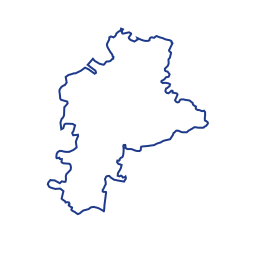 outline of Tala, Al Minufiyah, Egypt, rotated 285°
{"feature_id": "37247803B52680576777799", "entity_name": "Tala", "entity_type": "district", "adm_level": 2, "iso_a3": "EGY", "parent_name": "Egypt", "parent_adm1": "Al Minufiyah", "projection": "orthographic", "projection_center": [30.917, 30.67], "detail": "fine", "context": "isolated", "style": "outline", "palette": "blue", "viewbox_px": 256, "rotation_deg": 285, "n_neighbors": 0, "source": "geoboundaries", "source_scale": "gbopen_adm2", "svg_char_len": 5533}
<svg xmlns="http://www.w3.org/2000/svg" viewBox="0 0 256 256"><g transform="rotate(285 128 128)"><path d="M163.3,198.4L163.8,197.7L164.1,197.3L164.3,197.1L164.1,196.4L163.7,195.8L163.5,195.3L163.5,194.7L163.5,194.2L163.8,192.5L163.4,190.5L164.1,188.5L165.4,188.1L166.3,188.1L166.8,186.0L167.5,184.7L169.1,183.8L169.3,182.9L169.8,181.9L170.2,181.2L170.5,180.1L170.2,177.7L170.0,176.2L170.0,174.4L169.6,172.6L168.8,171.1L167.9,170.8L166.4,170.6L165.7,169.5L165.5,169.2L165.8,167.7L167.0,166.2L168.0,166.4L170.9,166.9L172.9,167.2L173.7,166.8L174.0,165.9L174.0,165.1L173.7,162.0L174.6,161.8L175.4,161.4L175.3,160.3L173.3,159.1L172.0,158.0L171.9,156.6L172.6,155.1L173.5,154.5L175.4,154.5L176.1,154.6L176.7,155.5L179.3,157.3L181.1,157.3L181.6,155.6L181.4,152.7L181.0,151.4L180.4,150.1L180.9,148.5L181.8,148.1L182.6,148.6L183.1,149.3L184.6,150.6L185.3,150.9L186.9,151.6L188.0,154.0L188.6,154.1L190.6,154.3L192.7,151.7L192.7,149.5L193.4,148.7L194.7,148.3L195.6,148.7L197.1,149.6L197.7,150.0L198.2,150.3L200.2,150.6L201.5,150.4L203.7,149.6L205.0,149.4L205.7,149.8L206.3,150.1L207.0,150.3L208.5,150.2L211.6,150.2L212.1,149.8L212.8,148.1L213.9,147.5L215.2,147.9L217.2,148.2L219.6,148.7L221.3,149.0L221.6,148.1L222.0,147.9L222.3,148.1L223.1,147.5L223.4,146.6L223.6,144.9L223.4,143.8L223.4,142.6L223.3,141.3L223.6,139.6L223.8,137.8L223.8,134.9L223.9,134.1L224.2,131.7L223.2,130.8L221.9,129.9L221.7,127.2L220.7,126.1L219.4,125.8L218.3,126.0L217.4,124.9L217.0,123.6L216.6,122.3L216.5,119.4L216.8,116.8L217.3,113.7L216.2,114.6L213.2,111.8L213.5,109.9L213.5,109.0L213.7,107.7L214.7,105.9L214.8,105.9L215.6,105.3L219.5,106.7L220.1,106.5L220.7,104.3L218.4,99.9L217.8,98.3L218.7,97.3L220.2,97.1L222.0,97.6L222.2,95.6L219.9,95.5L218.7,93.9L216.2,92.3L214.8,92.2L213.4,91.8L211.8,90.6L212.0,87.8L210.7,86.5L209.4,86.9L207.9,86.8L205.9,86.4L204.7,86.1L203.4,86.0L202.4,86.3L200.7,87.4L198.3,89.8L196.5,91.6L195.6,92.9L194.9,93.7L193.1,94.8L193.0,95.5L191.1,95.8L190.8,95.0L190.3,94.8L189.1,94.2L188.9,94.1L187.7,93.1L187.3,92.0L186.7,90.3L186.5,89.9L186.2,89.7L184.5,89.0L183.7,88.7L183.2,88.5L182.8,88.1L182.7,86.3L182.7,85.1L182.7,83.8L183.2,82.1L184.2,78.5L185.8,76.2L179.6,73.2L178.6,72.7L177.1,76.3L176.2,78.5L175.6,80.1L175.0,81.5L174.3,82.2L174.1,82.3L173.0,82.8L172.6,82.4L171.8,81.7L172.8,79.1L174.0,76.0L174.4,75.1L174.6,74.1L174.8,73.0L175.2,70.9L171.4,67.9L171.0,67.5L167.3,63.3L166.8,61.6L166.3,60.9L164.8,58.5L163.7,56.6L162.6,55.8L162.2,55.5L161.2,54.6L160.1,55.1L159.9,55.2L156.0,57.0L153.1,55.9L152.3,54.7L150.5,53.1L147.4,52.0L146.3,52.2L145.9,52.2L145.2,52.4L144.4,52.8L141.4,54.0L138.9,54.9L137.9,56.1L137.9,56.7L137.8,62.5L136.0,63.3L132.8,61.8L132.3,61.5L131.7,61.1L123.8,62.9L123.3,62.8L122.5,62.8L120.5,62.2L119.8,61.6L118.7,61.5L116.9,61.4L115.7,61.4L112.7,62.6L111.8,63.0L109.5,63.9L111.0,65.5L115.1,65.7L116.0,66.8L116.6,68.8L117.1,71.1L117.3,72.1L117.6,73.3L116.9,76.2L113.3,76.1L110.8,76.1L109.4,75.6L108.7,75.4L106.8,76.9L108.5,81.4L107.2,81.9L105.1,81.5L101.2,81.2L95.9,83.4L92.7,81.0L89.7,77.3L89.5,76.4L89.2,75.5L88.8,74.0L88.7,72.4L88.6,70.9L88.6,69.6L88.5,69.1L88.1,67.8L87.6,67.4L86.5,66.3L84.3,65.8L81.4,66.3L80.8,66.5L80.4,67.1L81.5,69.4L80.5,70.0L80.8,72.2L80.1,72.2L79.2,72.4L78.1,72.4L77.4,73.5L77.2,74.8L78.3,80.7L77.5,81.9L75.3,83.1L75.0,83.1L73.0,83.4L71.5,82.7L70.4,82.1L69.8,81.7L68.8,81.2L67.4,80.4L67.0,80.4L65.2,80.4L63.9,80.9L62.3,81.4L59.9,81.5L59.5,80.5L59.3,77.8L57.0,76.4L58.4,70.7L57.7,67.5L57.7,66.5L56.1,65.8L54.4,65.1L52.9,65.1L50.8,67.1L50.4,68.8L50.4,69.3L50.3,73.6L50.5,74.0L51.4,76.7L51.9,78.2L50.3,82.0L44.6,82.1L42.5,82.2L41.9,83.4L41.7,83.9L41.0,86.1L39.9,87.0L40.6,88.3L40.8,90.1L39.5,91.2L38.6,90.7L37.8,90.8L37.1,92.7L36.8,94.5L36.4,94.7L34.9,94.4L34.4,94.4L33.9,95.1L33.8,95.4L33.5,96.4L33.2,98.1L33.1,98.4L32.6,99.5L31.8,101.8L33.0,103.4L34.2,104.3L35.2,105.0L36.4,105.8L37.5,107.5L38.9,110.0L39.7,111.2L40.6,111.7L41.5,112.6L41.8,112.8L42.3,113.9L42.7,114.8L42.9,115.4L43.0,118.5L42.8,120.8L42.7,121.3L42.1,123.7L42.0,124.2L41.3,126.2L41.5,126.3L45.7,125.6L47.5,125.2L55.9,124.1L58.7,123.7L60.1,123.5L60.5,123.3L60.5,122.9L59.9,120.7L60.2,120.0L61.5,119.6L63.2,120.1L64.1,120.3L66.1,120.6L68.0,121.1L70.7,120.1L72.5,119.0L75.4,119.5L76.1,120.4L76.6,121.1L76.8,122.4L75.7,124.2L74.4,128.1L74.6,129.4L74.6,130.7L74.9,134.5L75.1,136.7L75.3,137.6L75.2,138.0L75.7,138.2L76.8,138.5L78.5,139.0L79.4,138.8L80.5,138.1L79.7,137.5L78.8,135.9L80.0,134.4L80.2,133.5L79.8,133.1L79.1,132.4L79.2,130.4L81.9,130.0L85.3,131.0L87.5,131.5L90.6,131.4L90.6,130.9L90.9,129.6L90.7,128.7L91.2,127.4L92.3,126.2L93.8,126.2L94.0,127.7L94.9,128.2L95.5,128.0L97.3,128.7L98.1,129.8L99.0,130.3L101.2,130.3L103.0,130.0L105.2,129.6L106.5,129.2L107.4,129.0L109.2,128.1L110.3,128.2L110.7,128.6L110.9,129.7L109.5,130.4L108.0,130.8L107.5,132.9L108.1,135.1L108.5,136.7L108.4,138.2L108.1,140.6L108.1,141.1L108.1,142.4L108.7,145.1L110.0,146.0L111.3,145.8L112.2,145.6L113.3,145.6L113.8,146.6L114.1,147.2L115.5,151.2L117.4,155.6L118.2,157.6L120.1,159.6L121.4,161.4L122.4,163.2L123.7,164.3L124.0,164.7L125.2,166.2L127.9,171.3L128.3,171.7L129.4,172.0L133.1,173.2L134.7,173.2L135.3,173.7L136.4,174.4L137.9,175.3L138.4,177.1L137.9,181.0L138.3,183.0L138.7,184.5L139.1,185.9L141.1,187.2L143.2,189.3L144.0,190.2L145.1,191.1L146.0,192.0L146.2,193.1L146.5,196.0L146.9,197.5L147.7,200.4L148.1,201.1L148.4,201.2L148.8,201.3L150.3,202.9L151.8,203.6L152.9,204.0L153.7,203.8L154.2,203.4L154.9,201.9L154.9,201.0L155.4,200.2L157.6,199.6L160.3,199.2L161.8,198.8L162.3,198.6L163.3,198.4Z" fill="none" stroke="#1e3a8a" stroke-width="2"/></g></svg>